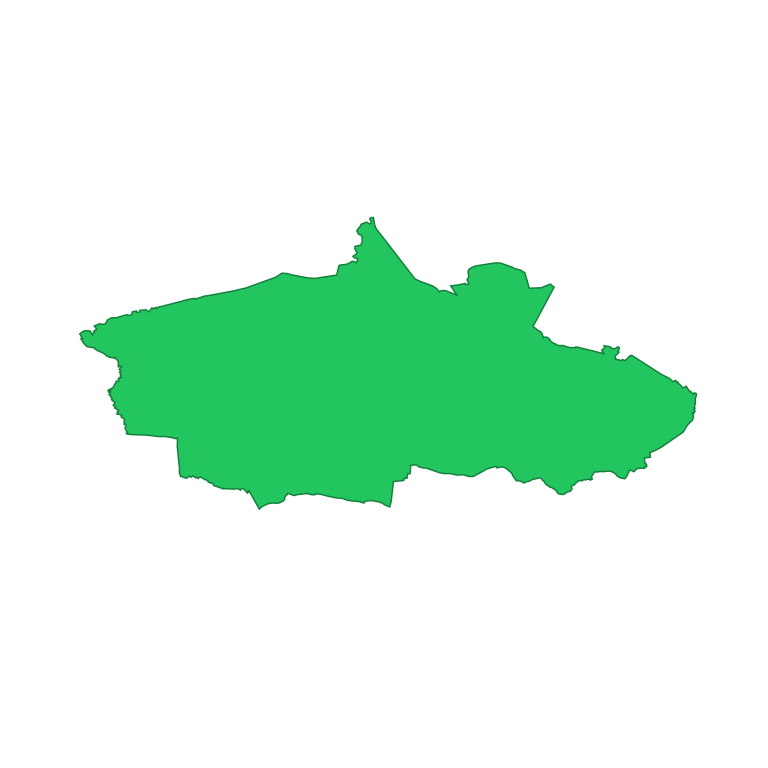 Ixtaczoquitlán, Veracruz, Mexico, rotated 107°
{"feature_id": "50627088B20096536906195", "entity_name": "Ixtaczoquitlán", "entity_type": "district", "adm_level": 2, "iso_a3": "MEX", "parent_name": "Mexico", "parent_adm1": "Veracruz", "projection": "natural_earth1", "projection_center": [-97.025, 18.851], "detail": "fine", "context": "isolated", "style": "filled", "palette": "green", "viewbox_px": 768, "rotation_deg": 107, "n_neighbors": 0, "source": "geoboundaries", "source_scale": "gbopen_adm2", "svg_char_len": 6139}
<svg xmlns="http://www.w3.org/2000/svg" viewBox="0 0 768 768"><g transform="rotate(107 384 384)"><path d="M235.2,285.4L235.4,293.4L234.8,295.7L234.3,308.3L235.9,313.5L244.4,331.1L247.3,334.5L249.7,336.4L251.0,336.5L253.2,336.0L255.2,334.7L257.9,334.4L260.0,335.1L261.7,333.5L263.7,332.3L265.1,334.9L264.1,335.7L268.3,343.5L270.6,348.9L277.6,340.5L276.8,352.6L277.2,354.6L278.0,356.3L278.8,357.5L279.7,358.2L277.7,360.9L276.1,365.7L275.1,381.5L274.5,384.5L273.8,386.0L237.5,437.2L234.6,439.4L227.9,442.8L228.5,444.8L229.8,445.9L230.9,445.5L232.4,443.8L233.3,443.4L234.1,443.6L234.9,444.3L235.0,445.2L234.3,447.2L234.7,448.4L235.3,449.5L236.6,450.6L237.5,452.3L238.8,452.8L239.7,452.6L242.8,454.1L245.6,454.7L248.3,452.0L248.4,449.6L249.5,448.0L255.1,446.3L258.1,447.0L260.9,452.0L263.3,451.3L266.3,448.4L267.4,448.2L271.0,451.0L271.9,449.3L271.8,447.4L272.2,446.2L273.5,445.4L276.1,446.0L275.6,448.4L276.2,450.6L278.8,452.7L280.7,455.2L282.5,459.6L283.8,461.7L293.7,461.1L303.3,481.1L304.9,488.3L306.6,504.2L306.7,509.0L307.9,514.0L313.5,518.7L332.4,543.9L339.2,555.5L351.4,578.9L352.3,581.2L356.5,587.1L358.2,588.7L358.1,589.2L357.3,589.7L360.9,596.9L364.7,602.7L377.0,623.1L378.2,623.3L377.6,624.9L379.5,626.4L379.0,628.1L383.6,629.9L382.6,633.3L384.9,639.0L386.5,638.5L387.8,641.5L386.6,642.2L388.6,645.8L390.6,645.6L392.5,646.2L392.9,650.2L398.9,659.3L400.2,663.7L403.7,667.2L408.1,668.0L409.3,670.8L409.5,673.0L410.1,674.6L411.3,675.4L413.1,678.0L415.6,674.7L418.4,677.0L419.1,675.9L420.4,676.8L422.2,677.2L419.2,680.5L420.2,685.1L422.1,687.5L425.0,689.6L428.8,685.6L429.3,687.0L432.9,683.1L435.0,679.1L434.8,676.1L434.1,671.7L434.8,670.9L436.0,667.4L435.9,666.2L436.8,660.3L438.3,657.3L438.6,653.9L438.3,651.6L437.7,650.3L438.0,650.5L438.2,649.9L438.3,650.2L438.2,647.0L440.2,644.8L443.3,643.4L443.4,643.7L445.2,643.1L443.9,640.2L447.4,641.4L448.2,639.6L450.0,640.4L450.8,639.0L451.9,639.0L452.1,637.9L453.6,638.5L454.4,637.0L456.1,639.5L456.8,639.7L457.6,638.8L458.7,638.6L459.7,641.0L461.5,640.4L461.8,641.0L463.2,641.5L467.0,642.2L470.6,646.0L471.8,645.4L470.6,644.0L472.1,644.3L471.7,643.0L474.6,643.9L474.9,641.9L475.9,641.8L478.0,639.3L478.7,639.9L480.5,635.7L483.5,636.7L484.6,633.9L485.6,634.6L486.7,631.2L486.8,630.0L489.7,630.8L489.8,630.0L490.8,630.3L490.2,626.1L491.4,626.0L491.3,625.3L492.6,625.4L492.8,623.4L494.2,621.7L496.3,621.6L496.9,620.5L498.3,621.0L498.9,618.6L502.0,618.8L505.8,615.1L506.5,615.9L507.0,614.7L505.9,609.6L502.3,596.3L500.0,583.5L498.1,577.4L497.4,572.1L497.1,566.8L496.0,565.6L504.0,563.5L525.1,554.7L528.1,554.0L531.7,551.7L531.9,545.2L529.1,543.4L529.5,541.1L527.8,540.2L528.7,536.2L527.9,536.1L528.6,533.8L527.2,533.6L526.6,531.1L527.9,527.4L527.5,526.6L527.7,525.8L528.3,524.0L529.1,523.4L529.4,522.1L529.1,519.7L529.5,518.5L530.9,517.0L531.2,506.9L530.7,506.0L528.3,496.4L526.8,494.0L527.4,490.0L525.9,489.9L525.4,489.3L525.3,488.5L525.4,487.5L528.3,482.7L527.9,482.3L525.7,482.7L525.3,482.2L540.1,466.6L537.0,465.0L532.2,459.6L530.1,455.0L529.6,451.8L528.2,449.3L525.5,446.2L523.5,445.4L520.2,445.6L518.0,444.3L516.8,444.2L516.8,439.1L517.1,438.5L516.8,437.0L514.9,434.2L513.9,431.4L512.1,427.8L511.0,424.7L511.3,423.2L510.6,418.9L508.7,415.6L508.0,413.0L507.7,405.2L506.9,396.2L505.6,390.5L505.9,384.4L505.4,383.4L505.5,381.9L503.7,373.3L503.8,369.8L503.5,368.3L502.7,368.6L500.3,365.2L498.8,360.2L498.2,353.4L498.8,349.5L499.5,347.7L499.8,342.5L494.2,342.8L474.5,346.5L470.5,336.9L468.1,336.9L467.4,334.5L462.7,335.0L462.1,332.8L453.9,334.7L452.6,331.4L451.9,329.1L453.0,326.6L452.8,322.1L452.1,319.1L452.6,304.6L451.9,299.4L450.8,296.5L450.4,294.5L449.7,287.3L447.5,281.3L447.7,276.6L447.0,273.3L446.1,271.3L437.0,262.4L435.7,261.6L429.9,252.8L431.1,252.0L430.9,250.7L430.1,249.9L428.7,246.6L428.7,244.1L429.7,240.7L431.8,236.2L432.5,235.1L433.9,234.3L437.9,229.0L437.2,227.2L437.0,224.1L437.8,221.9L437.6,221.0L436.2,219.6L434.3,216.5L432.8,215.2L431.4,213.2L428.6,208.3L427.9,206.3L429.8,204.2L430.1,202.8L432.6,199.9L433.2,198.5L433.2,197.0L434.3,195.0L433.9,193.8L434.8,190.4L435.6,188.7L435.6,187.8L435.8,187.4L437.2,186.6L438.0,184.6L437.4,180.6L436.8,179.5L434.1,177.6L432.5,175.3L432.2,174.4L429.4,173.5L427.5,174.9L427.1,174.8L426.2,174.3L424.9,172.6L421.8,171.1L420.3,169.9L419.7,169.9L419.1,168.6L418.8,166.4L417.1,165.0L416.9,163.6L415.5,161.1L414.9,159.0L415.6,158.6L414.0,157.0L412.7,158.2L411.1,158.3L406.6,157.0L405.6,153.8L404.5,152.0L403.7,148.6L401.9,144.6L401.3,142.3L401.3,139.9L402.1,136.4L403.5,134.6L404.5,131.9L404.6,129.7L404.2,126.0L401.2,124.8L395.2,124.2L394.7,123.8L394.4,121.8L394.9,119.7L393.9,118.8L392.3,118.4L390.4,116.4L389.6,114.6L388.5,110.1L386.5,109.9L386.4,108.8L385.0,108.8L383.4,110.4L383.3,110.7L383.6,111.3L378.7,113.3L377.2,110.5L376.8,109.1L376.1,107.9L371.8,109.7L368.8,105.8L363.8,100.7L342.4,83.8L334.4,81.8L329.0,78.8L327.6,78.4L325.1,78.5L322.4,79.6L322.0,79.4L321.7,80.2L321.5,79.8L321.1,80.0L320.5,79.7L320.9,79.1L320.4,78.8L319.8,79.0L319.7,78.7L319.1,78.7L318.1,79.3L317.5,80.4L316.1,79.5L315.7,80.4L311.1,80.6L310.4,81.3L309.3,81.2L307.1,82.0L303.1,82.0L301.9,82.5L301.7,84.7L303.4,85.2L301.3,88.9L301.8,89.6L297.8,94.3L300.5,97.1L298.2,100.4L297.0,104.0L296.4,103.5L295.4,106.6L296.7,107.4L297.3,108.3L295.2,112.6L293.7,121.5L284.2,155.5L285.9,157.7L288.0,158.3L291.4,160.7L290.8,163.0L291.7,163.5L292.7,164.8L292.0,165.9L292.7,167.6L292.7,168.1L292.2,168.7L292.6,169.8L289.7,171.1L287.1,169.7L287.0,169.4L284.8,168.6L284.2,169.6L282.3,169.6L281.6,169.2L280.7,169.6L279.9,171.2L282.1,172.8L283.2,174.4L283.3,176.5L282.6,177.9L282.4,179.3L283.1,184.7L283.9,183.9L285.6,183.9L287.0,185.2L288.2,185.6L290.7,182.7L292.3,211.3L293.3,211.7L294.9,217.3L295.0,222.3L294.7,223.3L296.2,228.5L296.2,229.5L295.6,231.7L295.7,232.6L295.4,233.1L295.4,234.4L294.1,237.4L292.3,239.4L291.6,241.8L292.5,245.3L292.9,245.4L290.1,247.2L288.2,249.4L287.7,252.7L287.1,254.5L286.5,255.0L286.1,257.0L285.4,258.3L241.7,249.6L240.1,253.6L239.9,253.7L240.2,254.9L241.7,256.2L242.0,257.0L246.2,261.9L246.2,262.5L248.6,269.1L248.6,269.8L249.2,270.6L249.9,273.1L236.1,282.1L236.2,284.6L235.2,285.4Z" fill="#22c55e" stroke="#15803d" stroke-width="1.5"/></g></svg>